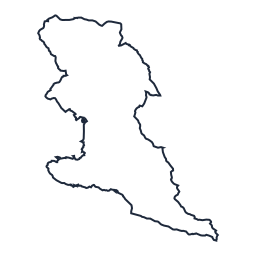 the district of Lunca De Jos, Harghita, Romania
{"feature_id": "2599482B38350434394464", "entity_name": "Lunca De Jos", "entity_type": "district", "adm_level": 2, "iso_a3": "ROU", "parent_name": "Romania", "parent_adm1": "Harghita", "projection": "natural_earth1", "projection_center": [25.966, 46.606], "detail": "fine", "context": "isolated", "style": "outline", "palette": "slate", "viewbox_px": 256, "rotation_deg": 0, "n_neighbors": 0, "source": "geoboundaries", "source_scale": "gbopen_adm2", "svg_char_len": 5697}
<svg xmlns="http://www.w3.org/2000/svg" viewBox="0 0 256 256"><path d="M216.3,240.6L216.3,239.7L216.7,239.2L216.6,237.5L217.3,235.5L217.8,235.0L215.7,232.9L215.2,231.8L216.1,230.6L212.7,228.3L211.9,226.8L212.0,226.1L211.7,225.2L210.0,223.6L211.1,222.1L211.0,221.5L209.8,220.1L209.3,219.8L206.3,219.6L202.5,220.2L199.4,219.7L198.1,219.9L196.8,219.1L194.5,218.4L194.7,217.1L194.5,216.5L194.0,215.8L190.9,214.8L189.9,214.2L188.2,213.9L186.2,212.7L185.3,211.7L183.8,208.3L183.3,207.7L182.5,207.0L181.1,206.5L180.3,204.9L178.1,201.9L174.8,199.1L174.4,198.2L174.8,196.8L175.8,195.7L177.8,194.6L178.3,193.1L179.1,192.0L179.3,191.5L177.4,188.8L177.0,187.9L177.1,186.7L178.1,185.5L174.5,184.1L173.6,183.5L171.9,181.6L171.2,180.2L171.3,179.9L171.0,179.6L171.1,179.1L171.9,177.9L171.7,176.6L171.2,174.9L170.9,172.0L172.0,171.0L173.1,170.5L173.0,168.7L170.4,165.5L168.3,162.5L167.2,161.8L166.2,160.8L166.0,158.9L164.7,157.0L162.9,152.1L162.4,147.9L163.0,147.7L161.0,147.1L158.0,147.7L153.7,146.2L153.0,143.9L152.0,142.2L150.2,140.8L148.2,139.5L146.0,138.7L145.1,137.6L144.1,135.5L142.0,133.9L141.4,133.1L140.8,130.6L139.8,128.2L140.2,126.1L140.1,124.5L138.6,122.3L138.1,120.5L134.2,116.4L134.8,114.7L135.4,112.5L135.0,111.2L135.3,110.3L136.4,108.6L137.7,107.5L139.1,107.0L139.3,106.1L139.6,105.6L142.3,106.3L144.2,103.5L146.5,97.6L146.5,96.9L146.0,95.3L146.2,93.1L145.7,91.5L148.0,92.3L149.0,93.2L149.5,94.4L150.6,94.7L150.6,95.0L150.8,95.1L153.3,95.4L156.3,94.9L157.8,95.5L160.3,95.5L160.1,94.9L157.7,91.3L156.5,88.4L153.9,83.6L149.7,79.4L150.0,77.1L149.4,73.8L150.1,72.2L149.2,71.2L149.1,70.1L148.5,69.5L148.2,68.4L149.0,67.4L148.6,66.4L148.0,66.1L148.1,65.7L147.2,65.2L146.3,64.2L144.3,63.3L143.4,62.5L142.9,62.3L142.8,60.8L142.3,60.2L142.2,58.8L141.3,57.9L139.8,55.0L138.8,54.3L137.5,52.4L137.7,52.0L137.3,51.8L136.8,50.3L135.7,50.1L134.3,49.2L133.7,48.7L133.4,48.0L130.3,46.2L130.1,45.3L129.8,45.0L129.3,44.7L128.8,45.0L128.6,44.5L127.8,44.4L126.1,43.7L125.7,43.0L121.2,45.4L118.2,45.9L119.3,45.1L119.8,44.4L120.4,41.6L122.2,38.6L122.5,37.8L122.0,36.2L121.1,35.4L119.9,32.8L119.9,32.4L121.4,29.3L121.2,24.3L120.4,23.4L110.8,21.5L110.2,21.6L108.8,21.4L106.8,21.9L104.4,23.7L102.2,25.8L101.4,25.7L99.3,24.7L95.8,21.6L95.2,21.3L92.4,20.4L88.8,20.4L86.5,19.6L84.4,19.2L81.3,17.6L78.0,17.6L77.3,18.1L76.2,17.8L74.9,18.2L74.4,18.0L74.3,18.6L73.2,19.2L69.5,19.9L62.3,20.0L60.2,19.4L56.4,15.7L55.2,15.4L52.4,17.3L49.0,18.6L48.0,19.4L47.5,19.8L48.1,20.4L48.1,21.2L46.7,21.0L44.7,21.4L43.9,24.4L44.1,25.4L43.9,26.8L43.5,27.7L43.2,28.1L40.5,29.6L39.9,30.1L39.1,31.1L38.2,33.2L39.5,35.3L40.0,37.5L39.7,38.3L39.9,39.0L40.2,39.5L41.3,40.0L42.1,41.0L43.3,41.6L44.1,42.6L44.3,43.9L45.0,44.6L46.6,47.1L48.5,48.3L48.9,50.4L49.2,51.0L50.1,51.5L51.0,54.2L54.1,56.0L55.2,56.1L55.7,57.3L55.4,61.1L56.2,63.5L56.8,64.3L57.3,65.7L58.1,66.4L58.2,66.9L58.0,67.1L58.1,68.1L59.0,69.1L60.2,70.0L60.5,70.6L63.8,71.0L65.6,70.7L66.2,74.6L67.0,75.2L65.7,75.8L63.5,75.8L63.4,76.5L61.9,77.2L60.4,80.5L59.3,82.1L58.3,82.5L57.1,82.6L54.5,83.4L53.5,84.3L53.5,84.8L50.3,89.1L50.7,90.1L47.8,91.8L46.6,93.9L45.7,95.0L45.4,96.3L46.1,97.3L47.7,98.6L50.5,99.4L51.5,98.7L53.8,98.0L55.1,98.2L56.1,99.6L57.0,101.5L58.4,103.2L61.5,108.3L62.1,108.7L65.1,111.6L65.6,111.9L66.4,111.0L67.5,110.5L69.0,109.3L69.8,109.1L70.3,110.5L71.8,111.0L75.5,113.8L75.6,114.0L73.9,115.0L75.1,117.0L76.0,117.5L76.1,118.1L75.8,119.2L76.0,119.8L76.3,120.1L79.4,117.9L79.8,117.1L80.7,116.9L81.2,117.2L83.7,117.7L82.8,119.3L82.5,119.2L82.0,120.4L82.2,121.7L82.6,122.2L83.1,122.3L83.9,121.7L84.2,121.1L84.0,120.6L84.7,119.5L85.4,118.9L86.9,121.2L84.5,122.9L84.6,123.3L83.8,124.8L83.9,131.4L83.7,138.3L83.4,139.7L82.6,140.5L81.0,141.4L82.9,142.3L83.7,142.3L83.7,142.8L83.4,143.2L83.5,143.8L84.1,145.2L83.9,145.5L83.3,146.0L83.4,147.0L82.8,147.4L82.6,148.2L82.2,148.4L81.7,149.2L82.0,149.5L82.3,150.3L82.0,151.7L82.5,151.4L83.4,152.2L84.1,152.3L84.8,152.9L84.7,153.4L83.8,154.6L84.1,155.2L83.2,155.3L82.6,155.7L81.7,156.4L80.7,157.8L79.7,158.0L79.3,159.0L77.4,159.7L75.5,159.4L74.2,157.2L74.1,155.9L73.5,156.0L73.8,156.2L73.8,156.8L73.5,156.7L73.9,157.6L72.7,158.8L68.2,157.5L66.6,157.5L66.5,157.2L65.8,157.3L65.6,158.1L64.6,157.9L60.3,158.7L60.0,157.6L59.0,157.2L57.6,156.8L56.0,157.1L57.7,158.6L58.7,159.6L57.4,160.8L57.2,161.5L57.2,162.1L56.4,162.1L54.9,161.2L54.1,160.9L51.6,160.8L51.4,161.5L51.0,161.9L48.9,162.4L48.2,162.8L47.6,163.9L47.8,164.8L46.8,165.7L46.5,166.4L46.8,167.2L47.9,168.0L48.5,168.8L48.2,170.0L48.9,171.7L50.0,173.5L52.1,175.0L52.7,176.1L53.0,177.5L56.4,180.2L61.4,182.9L62.6,183.1L64.2,183.0L65.9,184.1L68.2,184.9L69.3,184.9L70.4,184.5L71.2,184.7L71.1,185.4L71.8,185.7L72.9,185.6L73.1,186.7L73.3,186.9L74.2,186.3L75.6,185.9L75.3,185.5L76.8,186.1L76.6,185.2L78.3,184.6L78.8,185.8L80.8,185.6L81.5,186.0L81.6,186.4L85.3,187.4L86.2,188.0L87.8,187.7L89.4,186.6L91.0,187.3L92.1,185.7L93.6,184.9L94.1,185.0L95.0,186.3L95.5,186.8L98.6,187.4L99.9,188.7L102.6,190.3L104.0,189.9L105.5,190.4L106.5,190.2L107.8,190.8L109.1,190.6L110.8,189.2L112.2,189.7L114.3,189.9L114.2,190.7L115.7,191.9L115.7,190.1L116.3,190.1L117.0,190.6L116.5,191.0L116.4,191.3L117.8,191.8L117.8,192.6L122.2,194.7L123.1,195.7L123.1,196.4L124.1,197.3L125.2,199.1L131.5,205.2L132.0,208.2L131.2,211.3L131.2,213.3L140.8,215.9L142.0,216.8L144.0,217.2L146.8,218.5L150.3,218.6L154.9,221.2L157.5,221.5L158.3,221.8L160.7,224.1L161.5,224.6L164.1,225.6L168.5,226.5L172.9,229.4L174.6,229.6L176.7,229.4L179.8,230.5L182.0,231.0L183.1,230.8L186.1,231.5L188.1,233.9L189.0,234.5L190.3,234.4L192.4,233.8L193.0,234.2L194.3,233.8L195.0,233.9L196.1,233.4L200.7,235.3L202.0,235.5L205.2,235.5L206.3,234.8L209.0,235.6L212.3,237.0L212.5,237.8L213.8,239.9L216.3,240.6Z" fill="none" stroke="#1e293b" stroke-width="2"/></svg>